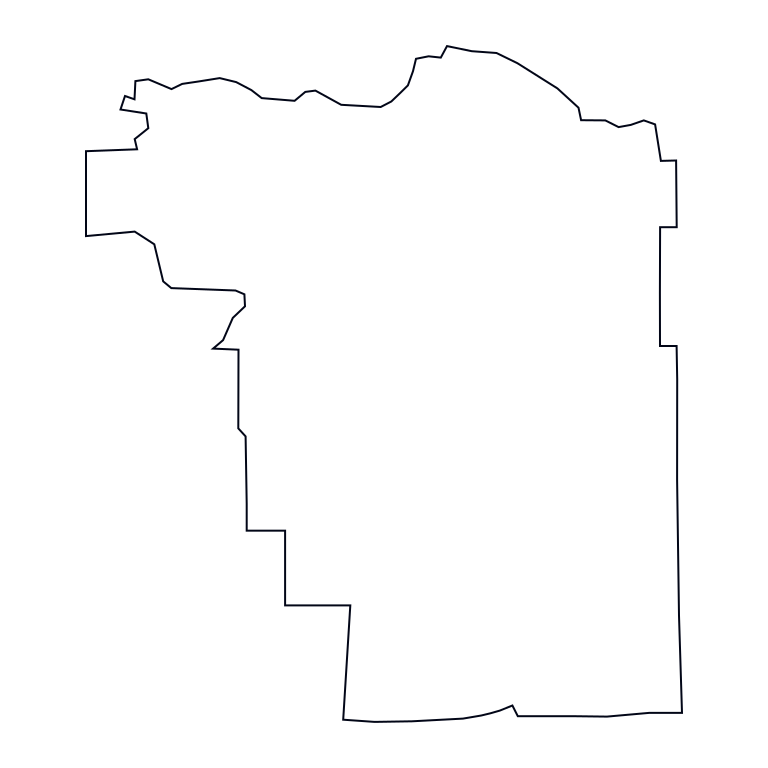 outline of Barão de Cotegipe, Rio Grande do Sul, Brazil
{"feature_id": "56859067B6517216195009", "entity_name": "Barão de Cotegipe", "entity_type": "district", "adm_level": 2, "iso_a3": "BRA", "parent_name": "Brazil", "parent_adm1": "Rio Grande do Sul", "projection": "albers", "projection_center": [-52.434, -27.571], "detail": "fine", "context": "isolated", "style": "outline", "palette": "ink", "viewbox_px": 768, "rotation_deg": 0, "n_neighbors": 0, "source": "geoboundaries", "source_scale": "gbopen_adm2", "svg_char_len": 1157}
<svg xmlns="http://www.w3.org/2000/svg" viewBox="0 0 768 768"><path d="M605.3,120.4L581.1,120.2L578.5,107.7L557.4,88.4L517.4,63.2L496.5,53.0L471.8,51.2L447.0,46.1L440.8,57.6L428.6,56.3L416.0,58.8L413.0,71.2L407.9,85.4L400.4,92.8L391.3,101.5L380.7,107.0L341.2,104.8L315.4,90.6L305.3,91.9L294.6,100.8L261.7,98.1L251.4,90.1L236.2,82.1L219.7,78.1L198.4,81.5L182.2,83.9L171.5,89.1L148.3,79.3L135.4,81.1L134.5,99.3L125.0,96.0L120.5,109.5L146.3,113.5L148.3,128.2L134.7,139.1L137.1,149.3L86.0,151.2L86.0,236.1L134.7,231.6L154.3,244.3L163.2,281.4L171.3,288.1L235.5,290.5L244.4,294.3L245.0,306.3L232.8,317.9L223.1,340.1L213.1,348.6L238.5,349.7L238.3,428.4L245.6,436.4L246.7,503.8L246.7,530.7L285.1,530.7L285.1,559.8L285.1,572.9L285.1,605.4L350.3,605.4L345.8,677.9L343.2,719.7L374.6,721.9L412.0,721.3L463.0,718.6L481.3,715.5L490.4,713.3L499.8,710.6L512.4,705.5L517.8,716.2L573.7,716.2L607.0,716.6L648.9,712.9L666.3,712.9L682.0,712.9L679.0,615.7L677.1,479.8L677.2,379.1L676.6,346.0L660.0,346.0L659.9,292.8L660.1,227.2L676.7,227.2L676.1,160.5L660.9,160.9L655.1,124.4L643.8,120.4L630.8,124.9L618.6,127.1L605.3,120.4Z" fill="none" stroke="#020617" stroke-width="2"/></svg>